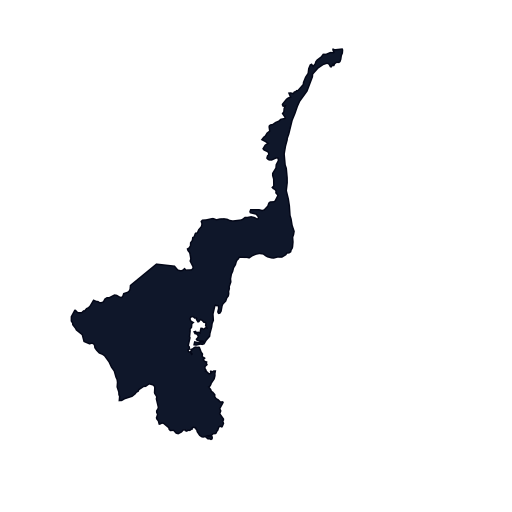 Golfito, Puntarenas, Costa Rica, rotated 231°
{"feature_id": "36466004B12763689767454", "entity_name": "Golfito", "entity_type": "district", "adm_level": 2, "iso_a3": "CRI", "parent_name": "Costa Rica", "parent_adm1": "Puntarenas", "projection": "mercator", "projection_center": [-83.1, 8.423], "detail": "fine", "context": "isolated", "style": "filled", "palette": "ink", "viewbox_px": 512, "rotation_deg": 231, "n_neighbors": 0, "source": "geoboundaries", "source_scale": "gbopen_adm2", "svg_char_len": 6081}
<svg xmlns="http://www.w3.org/2000/svg" viewBox="0 0 512 512"><g transform="rotate(231 256 256)"><path d="M144.2,103.6L143.1,105.0L141.8,105.6L141.6,106.8L142.8,108.0L144.5,108.2L145.6,105.7L146.7,105.4L145.2,107.5L144.7,109.4L145.0,110.6L143.6,112.7L143.6,113.7L144.4,115.0L144.7,116.6L146.5,119.4L146.3,121.0L144.7,121.9L144.9,122.7L146.4,125.4L148.7,126.2L149.0,127.4L149.8,128.1L156.3,128.5L157.8,131.1L160.2,131.7L162.9,138.2L163.6,138.3L164.9,136.4L168.1,136.1L170.2,135.2L172.6,135.3L174.2,136.7L177.6,136.6L178.6,136.0L180.7,136.7L184.0,136.8L183.9,138.2L184.5,139.9L185.3,141.0L186.9,146.2L188.8,148.7L190.6,150.1L192.2,152.0L193.2,150.8L193.5,148.9L194.9,148.5L194.8,148.0L193.1,147.0L193.9,145.3L197.6,144.8L198.2,144.3L198.7,145.3L200.2,145.3L201.8,146.3L202.3,147.2L202.4,149.5L203.8,149.8L204.7,150.9L206.5,149.7L208.6,149.7L208.9,151.8L210.0,151.5L210.0,151.1L211.8,150.9L213.5,152.7L216.0,152.9L220.5,154.4L221.0,154.3L221.8,153.0L223.3,151.6L223.7,150.5L223.6,148.5L224.2,146.7L222.9,146.5L223.0,144.9L220.1,144.7L220.0,144.1L222.4,144.3L224.1,143.3L224.6,143.4L225.8,144.1L225.6,145.8L227.3,146.9L229.0,146.9L234.0,153.2L235.1,153.5L239.2,157.6L240.7,158.6L241.2,161.0L243.8,163.5L243.8,165.4L246.2,164.4L248.9,165.0L249.6,167.3L248.5,169.0L246.2,169.4L245.4,170.7L244.6,170.6L244.1,169.8L241.3,169.5L241.0,170.4L241.5,171.7L241.4,173.1L239.7,173.7L237.3,173.8L236.2,174.8L235.0,174.7L233.8,173.2L231.1,172.5L231.8,172.1L232.1,169.0L233.8,168.5L234.4,167.7L231.4,163.9L233.2,163.0L233.4,162.0L234.4,161.4L235.4,161.6L236.0,160.2L234.0,159.8L232.9,160.8L230.2,160.9L229.2,159.6L228.8,157.3L227.8,157.2L225.4,158.5L224.1,160.6L223.0,161.3L222.1,161.2L222.1,160.7L223.5,159.7L224.3,158.5L223.9,157.4L227.8,154.3L226.0,152.0L224.5,153.4L222.6,157.3L221.1,158.7L220.5,160.4L221.9,164.1L222.8,169.4L224.8,171.4L228.7,176.8L231.3,179.5L232.8,182.3L238.0,186.0L243.0,192.4L243.3,193.7L242.1,194.2L241.5,195.2L240.7,195.3L238.7,193.9L236.8,191.4L235.9,190.9L234.9,190.9L234.4,192.0L235.1,194.1L238.7,198.3L239.6,200.0L240.1,204.1L241.9,207.0L242.4,209.3L243.8,211.0L245.8,212.4L247.4,214.7L249.1,215.9L251.7,220.1L254.3,221.8L257.4,225.4L258.8,228.2L261.0,231.1L262.2,234.5L264.0,237.0L264.8,238.8L264.9,240.5L265.6,242.2L260.6,248.2L258.9,249.5L258.6,253.3L257.5,257.1L255.9,260.2L253.0,263.0L250.1,263.7L248.1,264.5L244.7,267.0L243.3,268.5L241.7,272.1L238.9,275.4L238.3,279.9L238.9,281.9L237.7,283.6L237.5,285.6L238.6,287.0L239.4,289.2L240.2,290.2L243.6,293.5L247.6,296.3L249.0,298.6L251.2,301.1L257.1,303.3L262.7,306.5L266.1,307.9L273.9,313.4L280.0,317.0L287.7,320.6L293.3,326.3L297.2,329.4L305.1,334.7L308.4,335.9L317.6,342.1L322.9,348.1L326.6,353.2L327.8,354.3L330.2,358.2L338.8,369.5L342.3,375.9L346.3,382.3L348.8,387.2L352.1,399.4L359.8,412.6L361.8,414.5L363.1,422.5L362.6,428.7L361.4,432.0L360.2,433.3L358.7,433.5L356.3,433.0L355.7,433.4L356.5,436.3L355.4,435.9L355.1,436.4L356.0,438.2L355.9,440.4L354.3,442.3L354.3,443.6L355.6,445.7L358.1,448.4L359.4,450.8L361.6,452.9L362.6,453.2L366.7,446.9L368.2,446.1L367.8,445.5L365.2,444.9L365.1,444.4L367.3,441.8L368.6,437.3L370.4,435.2L369.6,432.0L369.8,427.0L369.2,424.6L368.1,423.2L367.4,419.7L370.0,419.8L370.3,418.4L368.4,414.9L365.1,411.5L363.7,407.1L361.0,402.2L359.5,400.7L358.2,393.1L358.2,392.4L358.9,391.6L358.7,390.3L359.3,389.0L358.7,387.2L361.0,385.4L361.8,384.1L357.6,382.9L358.5,380.5L358.6,378.4L357.3,372.3L356.9,371.7L355.3,371.4L354.3,373.4L352.9,370.7L350.5,368.4L350.0,366.3L345.8,366.0L344.6,365.2L346.6,361.2L346.4,358.7L347.4,355.2L347.6,351.6L348.6,350.0L348.8,348.5L348.1,347.5L344.4,345.3L344.5,342.0L343.3,338.7L343.4,336.8L342.7,333.8L339.0,335.4L335.9,336.3L336.3,332.9L334.9,329.0L333.3,329.0L330.3,330.5L328.5,330.9L326.6,329.6L326.6,328.1L325.2,326.1L324.1,326.1L322.4,326.7L320.8,328.6L319.6,333.2L318.9,334.2L318.0,334.7L316.0,333.4L314.2,329.2L311.8,326.9L309.7,321.0L308.0,319.6L304.7,318.2L299.2,313.9L299.0,311.8L297.6,311.9L295.8,312.6L294.0,312.6L292.5,311.2L289.3,311.3L286.7,305.5L286.8,304.1L289.0,301.0L289.0,299.3L287.3,296.6L286.6,291.4L287.4,289.4L290.0,287.5L295.3,281.0L294.2,279.2L293.2,278.9L288.4,282.5L284.6,282.5L283.8,281.2L283.8,280.4L284.3,279.9L286.8,279.0L289.5,276.9L291.4,273.4L292.8,271.8L292.9,268.4L293.4,266.9L297.8,259.9L300.4,257.7L302.6,256.7L304.9,254.6L307.4,251.3L309.0,248.0L311.8,246.4L312.5,245.6L315.4,239.9L317.5,236.9L317.3,235.2L314.9,234.3L313.2,232.2L312.4,228.0L311.0,225.3L310.9,224.4L311.6,223.7L311.6,223.0L309.7,219.8L310.1,218.5L308.1,216.3L307.4,213.5L305.1,211.5L304.3,209.0L304.6,207.2L303.0,206.6L300.6,206.6L299.4,206.2L294.8,203.6L293.5,201.7L287.0,200.3L285.9,198.9L285.8,197.1L289.1,192.6L291.1,192.5L291.0,189.7L291.9,188.1L294.3,186.3L299.4,186.2L312.3,173.5L312.1,139.9L309.4,137.3L308.5,135.4L308.5,133.5L310.0,129.5L308.7,127.6L308.2,125.6L309.6,124.2L313.1,122.9L314.7,121.5L315.9,115.7L317.3,114.0L317.6,111.5L316.3,108.5L317.1,106.2L318.2,105.0L320.0,104.5L321.3,103.2L323.8,101.9L321.4,95.5L321.2,93.2L321.7,91.2L321.1,88.2L321.8,87.5L321.6,84.8L323.8,82.1L325.0,81.6L327.4,81.5L327.8,81.0L325.0,74.3L321.7,71.6L319.1,71.3L317.9,70.4L313.3,70.3L311.6,69.9L304.2,71.5L297.8,68.6L292.5,71.4L291.6,73.6L289.9,74.6L288.0,74.3L286.1,73.1L283.1,72.9L279.3,73.2L276.2,74.9L273.8,75.6L266.1,75.2L260.6,73.8L255.8,73.5L250.0,71.0L247.3,70.3L245.0,68.9L241.6,65.7L236.6,63.8L234.4,62.2L232.7,61.7L229.7,58.8L228.3,60.7L227.8,64.1L225.0,71.4L225.0,75.4L225.5,77.2L225.1,79.4L225.9,80.8L225.4,86.6L224.2,88.2L224.0,91.9L223.6,92.8L220.7,94.8L219.4,95.2L217.6,94.7L213.7,91.2L212.8,90.8L209.7,90.5L208.6,89.9L207.7,88.7L199.8,84.9L198.9,83.6L198.1,81.3L196.9,80.4L194.8,79.9L192.9,76.9L191.9,76.4L189.3,76.4L186.3,75.0L185.9,75.4L185.4,77.8L184.1,78.9L177.4,80.2L176.1,79.5L174.3,79.6L172.4,82.3L168.6,82.5L166.9,83.7L166.2,87.3L166.6,90.1L165.5,91.5L164.7,91.2L163.5,92.0L163.4,93.5L162.5,94.3L162.0,95.6L162.3,96.4L161.7,97.4L162.7,98.5L162.3,99.8L161.4,99.9L160.8,101.1L159.5,100.5L157.8,100.5L156.5,99.8L152.1,99.4L149.7,100.1L148.6,101.0L147.6,103.0L144.2,103.6Z" fill="#0f172a" stroke="#020617" stroke-width="1.5"/></g></svg>